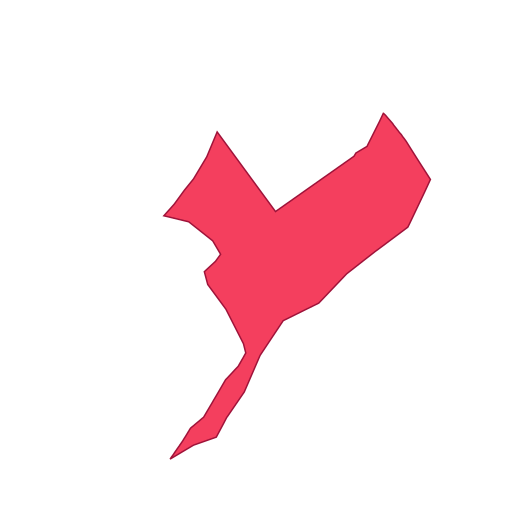 the district of Al Meiram, South Kordufan, Sudan, rotated 234°
{"feature_id": "16777658B70397884779871", "entity_name": "Al Meiram", "entity_type": "district", "adm_level": 2, "iso_a3": "SDN", "parent_name": "Sudan", "parent_adm1": "South Kordufan", "projection": "orthographic", "projection_center": [27.504, 10.327], "detail": "fine", "context": "isolated", "style": "filled", "palette": "rose", "viewbox_px": 512, "rotation_deg": 234, "n_neighbors": 0, "source": "geoboundaries", "source_scale": "gbopen_adm2", "svg_char_len": 2587}
<svg xmlns="http://www.w3.org/2000/svg" viewBox="0 0 512 512"><g transform="rotate(234 256 256)"><path d="M132.8,117.4L139.8,131.8L142.6,137.4L143.0,138.7L152.9,166.6L173.2,200.9L180.0,219.2L187.7,240.0L183.7,263.5L182.1,272.7L181.0,279.1L188.3,318.9L189.2,343.7L189.5,353.0L189.6,354.8L189.6,359.1L190.1,395.8L191.2,397.9L192.2,399.8L208.3,429.4L210.8,433.9L212.7,437.3L215.4,442.1L215.5,442.1L218.7,442.3L236.1,443.3L250.3,444.2L260.6,444.9L264.1,444.9L266.4,444.8L266.6,444.8L266.9,444.8L267.9,444.9L269.2,444.9L270.7,444.7L272.1,444.6L273.2,444.6L274.1,444.6L275.0,444.5L277.0,444.5L279.1,444.4L281.0,444.3L282.0,444.4L283.1,444.4L284.4,444.3L289.7,443.8L293.8,443.5L294.8,443.3L296.4,443.0L296.5,443.0L296.6,442.9L292.2,434.9L289.3,429.3L279.9,411.1L279.7,410.9L279.6,410.7L279.5,410.4L279.4,410.1L279.5,409.3L280.6,397.4L279.1,393.9L280.5,297.9L322.8,297.7L379.2,297.5L365.2,274.5L355.1,250.8L351.3,236.7L346.0,220.3L342.7,205.1L323.2,221.7L293.7,229.9L278.2,228.4L275.5,220.1L273.7,205.0L261.3,200.2L230.7,200.4L192.4,194.3L183.5,190.7L183.4,190.4L183.2,189.9L183.0,189.6L182.9,189.2L182.6,188.7L182.5,188.4L182.0,187.3L181.9,187.2L181.7,186.7L181.4,186.1L181.3,185.9L181.0,185.2L180.6,184.3L180.4,183.8L180.3,183.5L180.2,183.4L180.1,183.2L180.0,182.9L179.8,182.5L179.7,182.3L179.6,182.1L179.5,181.9L179.4,181.6L179.3,181.3L179.2,181.2L179.0,180.8L179.0,180.7L178.9,180.6L178.9,180.4L178.6,180.0L178.5,179.7L178.4,179.5L178.4,179.3L178.3,179.2L178.2,179.0L178.1,178.7L178.0,178.4L177.8,178.1L177.7,177.8L177.4,177.3L177.3,176.9L177.2,176.6L177.1,176.2L176.8,174.5L176.2,171.2L176.1,170.9L176.0,170.3L175.3,166.8L175.1,165.7L174.9,164.8L174.7,163.6L174.3,161.7L173.8,158.7L166.6,142.4L164.5,137.5L164.0,136.3L163.8,136.0L159.3,125.6L156.5,119.2L156.3,118.8L156.3,117.5L156.1,114.9L155.9,112.9L155.9,112.3L155.7,109.1L155.6,108.0L155.6,107.5L155.4,105.8L155.4,104.3L155.2,101.9L154.5,100.0L154.2,99.5L154.0,99.0L153.4,97.5L153.4,97.4L153.0,96.6L152.4,95.1L151.8,93.7L151.4,92.8L151.4,92.7L151.2,92.2L150.9,91.5L150.8,91.1L150.7,90.9L150.6,90.7L150.4,90.2L150.3,89.9L149.9,89.0L149.7,88.6L149.5,88.0L149.4,87.9L149.3,87.5L149.3,87.4L149.1,87.0L148.8,86.0L148.5,85.3L148.4,84.9L148.3,84.7L148.0,83.8L148.0,83.7L147.8,83.1L147.7,83.0L147.6,82.8L147.4,82.2L147.3,81.8L146.9,80.6L146.6,79.8L146.5,79.4L146.1,78.3L145.8,77.6L145.7,77.1L145.6,76.9L145.4,76.3L145.3,76.0L145.3,75.9L145.1,75.6L145.1,75.4L145.0,75.1L144.8,74.5L144.4,73.6L143.5,71.0L143.5,70.9L143.1,69.6L142.9,69.0L142.5,68.1L142.2,67.1L139.7,94.3L132.8,117.4Z" fill="#f43f5e" stroke="#9f1239" stroke-width="1.5"/></g></svg>